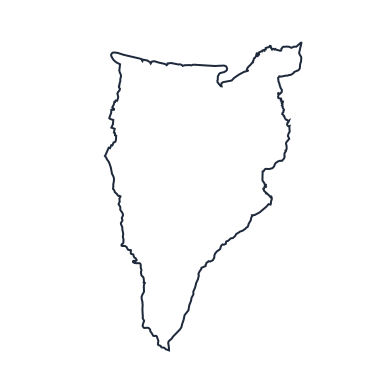 Sidoarjo, Jawa Timur, Indonesia, rotated 276°
{"feature_id": "22746128B7257810863239", "entity_name": "Sidoarjo", "entity_type": "district", "adm_level": 2, "iso_a3": "IDN", "parent_name": "Indonesia", "parent_adm1": "Jawa Timur", "projection": "mercator", "projection_center": [112.712, -7.455], "detail": "fine", "context": "isolated", "style": "outline", "palette": "slate", "viewbox_px": 384, "rotation_deg": 276, "n_neighbors": 0, "source": "geoboundaries", "source_scale": "gbopen_adm2", "svg_char_len": 6089}
<svg xmlns="http://www.w3.org/2000/svg" viewBox="0 0 384 384"><g transform="rotate(276 192 192)"><path d="M61.2,156.2L59.0,157.8L58.5,157.8L56.3,157.2L54.3,156.9L53.4,157.0L52.3,157.9L51.8,158.6L52.3,161.8L52.3,163.0L50.9,164.7L49.0,165.2L47.8,166.4L45.0,168.4L44.8,169.3L45.2,171.2L44.7,172.1L40.4,174.1L37.1,174.0L36.3,174.5L35.7,176.8L34.5,177.7L34.2,178.5L34.3,180.5L32.9,182.4L32.1,185.7L34.4,185.4L39.4,184.1L41.1,184.4L44.0,187.1L46.3,188.3L53.8,194.2L56.1,195.5L60.5,196.2L63.8,197.0L68.8,197.5L73.9,200.8L79.4,201.2L83.6,202.4L86.7,202.6L90.3,204.1L93.0,203.7L97.5,205.1L102.1,205.7L106.1,207.1L109.8,207.5L110.9,207.0L111.8,207.1L114.2,208.0L116.4,209.3L117.6,209.3L119.8,213.3L121.2,213.2L122.1,213.7L123.2,213.8L124.1,215.2L124.9,215.6L124.8,217.5L126.3,219.8L128.9,221.0L131.4,220.9L133.4,221.5L135.5,223.0L138.2,226.0L140.5,226.3L141.9,226.8L143.1,228.0L142.9,229.2L144.0,231.0L145.8,231.1L146.5,231.4L147.3,233.1L150.0,235.5L150.4,237.3L150.6,237.6L152.7,239.5L154.9,240.4L156.6,242.8L157.6,243.8L159.0,246.7L160.2,247.9L160.6,248.6L162.2,249.7L162.9,250.8L163.9,251.3L166.3,251.7L170.2,253.5L171.6,253.4L173.6,253.9L174.4,254.5L175.1,254.1L175.7,256.8L178.8,261.4L185.2,267.5L187.9,269.4L187.7,271.4L189.2,271.7L190.7,271.5L193.0,272.1L195.1,271.8L195.8,271.1L195.1,270.6L196.3,269.4L198.6,266.4L198.2,266.1L198.3,265.8L199.6,265.0L200.7,263.6L202.1,262.8L202.8,262.6L203.1,263.4L205.0,263.6L204.9,264.6L205.4,264.4L205.6,264.9L206.1,264.6L206.9,264.7L207.1,263.6L208.5,262.9L210.4,261.2L211.2,260.8L219.9,260.1L220.1,261.0L222.2,262.1L222.7,262.8L223.0,266.7L224.1,269.5L226.1,271.0L228.6,271.6L229.7,272.3L231.4,274.3L232.3,276.3L232.2,276.7L232.4,277.2L232.4,278.2L234.9,280.0L236.8,280.5L237.4,280.1L238.7,280.1L240.0,279.9L242.7,281.2L243.0,281.2L243.2,280.8L244.0,281.4L245.1,281.6L247.9,281.2L249.3,280.6L250.5,280.4L251.6,280.8L255.0,283.1L255.8,282.8L257.7,281.5L259.8,281.8L262.2,282.8L267.1,282.0L267.8,282.1L267.4,281.3L267.7,280.5L268.4,279.8L269.1,279.5L271.0,279.8L271.4,280.2L271.4,280.5L273.1,281.0L272.6,280.4L273.5,279.2L273.6,278.4L273.9,277.8L275.5,276.4L277.1,275.8L277.2,275.2L278.3,274.7L278.9,273.6L279.7,273.6L281.3,274.6L282.2,274.4L283.1,274.9L283.5,274.8L285.6,273.2L286.5,273.3L287.4,272.4L287.8,272.8L288.4,272.9L289.3,272.1L290.1,271.9L290.3,272.9L291.5,273.0L292.1,270.8L292.7,270.7L293.6,271.1L294.2,270.9L294.3,268.7L294.7,268.0L295.4,267.7L296.4,267.7L297.9,268.0L298.8,267.3L299.2,267.4L299.4,267.5L298.7,269.1L299.9,269.9L300.2,270.5L301.0,270.8L302.9,270.7L304.7,269.3L308.2,267.7L308.8,267.7L310.8,266.5L314.6,265.7L315.3,266.4L316.2,266.8L316.0,268.3L317.6,273.3L317.7,274.9L318.5,276.4L318.7,277.8L320.7,280.4L321.9,281.0L322.4,281.7L324.2,285.1L325.4,285.9L326.3,286.3L330.1,286.2L331.7,286.4L332.9,286.8L336.5,286.7L338.1,286.3L339.0,285.4L340.9,284.2L341.8,284.0L351.1,285.2L351.9,285.1L351.9,284.7L347.4,280.5L347.2,278.2L345.8,275.8L346.6,273.1L346.5,270.9L345.9,267.4L343.8,265.9L342.4,266.0L341.9,265.7L341.7,265.0L342.3,260.9L343.0,259.9L342.3,259.1L342.8,258.3L342.9,257.2L342.8,256.8L342.2,256.6L343.6,255.5L345.1,255.2L345.5,254.8L345.5,254.2L344.1,253.4L343.3,250.9L342.8,250.2L341.8,250.5L341.4,250.4L341.0,249.2L340.1,249.2L340.5,248.0L340.1,247.3L339.1,247.0L339.1,246.2L337.8,244.0L337.1,243.9L335.9,244.4L334.0,243.1L334.0,242.8L335.6,242.8L336.7,242.4L336.8,242.1L336.6,241.8L333.9,241.5L331.9,240.5L331.3,239.6L329.1,239.4L328.4,238.9L327.3,239.1L327.1,238.5L324.5,236.8L322.2,234.8L320.3,233.9L319.5,233.7L319.0,234.0L318.6,234.9L318.3,234.8L316.9,231.2L313.8,226.6L309.7,221.8L307.0,219.8L304.5,211.5L303.4,210.1L302.7,209.9L301.5,209.9L300.2,210.4L300.2,209.6L303.7,206.0L305.3,205.6L306.4,205.9L309.4,205.6L312.2,206.6L313.3,207.7L314.6,211.4L316.0,213.3L317.1,214.0L318.2,214.0L319.9,213.3L320.6,212.6L321.1,210.6L319.7,201.5L318.8,180.8L318.5,179.2L317.9,178.3L318.0,176.5L317.3,171.4L316.5,169.6L316.8,169.4L317.6,167.7L317.7,166.5L317.4,165.1L318.1,157.8L317.3,154.3L316.6,154.4L315.5,153.6L316.3,152.2L316.6,151.0L317.3,145.0L318.1,141.2L317.7,138.8L317.4,138.4L315.5,137.5L316.7,136.7L318.1,133.8L318.5,129.8L318.3,129.2L317.1,129.0L317.6,128.5L318.7,128.4L319.1,127.2L321.3,109.6L322.6,103.4L322.6,99.7L322.2,98.5L321.5,97.8L320.9,97.5L319.9,97.2L318.9,97.5L317.8,98.1L315.1,100.2L313.0,103.2L311.5,107.1L305.2,107.0L303.5,107.6L301.2,109.0L299.6,109.3L296.8,108.9L294.8,109.1L291.2,108.5L290.2,108.7L289.5,108.2L288.1,108.6L287.3,109.5L285.7,109.4L283.7,108.1L282.1,107.5L278.9,108.7L277.3,108.5L275.0,108.1L275.0,106.5L273.5,106.1L273.5,105.4L270.8,105.1L268.0,103.9L267.4,104.1L266.6,105.7L265.8,105.8L265.5,105.6L265.3,103.2L262.2,103.3L256.9,102.0L256.5,102.2L256.0,103.4L255.4,106.2L251.2,106.3L247.6,105.1L246.8,108.5L242.9,108.1L242.5,109.2L240.4,109.5L240.1,110.7L235.7,110.9L234.2,110.6L233.4,109.8L233.2,108.9L230.0,107.9L230.1,106.8L227.0,105.9L227.3,104.5L219.6,102.1L218.7,101.6L217.2,103.1L215.6,104.0L213.0,106.3L207.9,108.7L201.9,110.5L198.9,112.4L197.5,112.9L195.1,113.2L190.9,112.9L189.3,113.2L186.9,113.1L185.7,114.4L183.9,115.2L181.9,117.8L180.8,118.6L180.4,119.5L180.6,120.1L180.2,121.3L179.4,121.2L178.0,120.5L174.6,121.1L172.9,120.4L172.0,120.3L170.2,121.9L168.9,122.4L166.9,122.5L166.4,122.8L164.3,124.7L162.7,125.6L161.4,125.8L158.8,124.9L157.3,125.6L156.2,125.8L153.7,124.5L152.5,124.8L149.8,126.3L147.3,126.7L143.1,128.0L140.1,127.9L137.5,128.9L134.2,129.0L133.1,128.3L132.7,127.6L131.6,127.4L131.3,127.5L131.0,128.2L131.3,130.7L131.1,131.5L130.3,132.8L128.3,134.1L127.9,134.6L127.7,135.8L127.9,136.9L127.6,137.4L125.5,137.4L124.4,137.6L124.0,138.1L123.9,139.8L123.6,140.2L121.8,140.8L120.9,141.4L120.2,142.9L118.7,144.0L118.1,144.0L117.7,143.6L117.4,140.9L116.8,140.6L116.1,140.7L115.4,142.3L115.6,143.2L115.3,143.7L115.7,147.3L115.4,148.0L114.6,148.5L111.2,149.0L109.7,149.7L108.8,149.9L107.0,149.6L104.1,150.3L103.3,150.9L102.6,152.0L101.6,152.8L98.1,153.6L96.9,153.4L96.6,154.6L95.3,154.1L93.4,153.9L87.8,154.7L84.7,153.4L82.5,152.8L80.1,153.2L77.3,154.3L77.0,154.2L74.7,154.7L69.7,155.0L62.4,156.2L61.2,156.2Z" fill="none" stroke="#1e293b" stroke-width="2"/></g></svg>